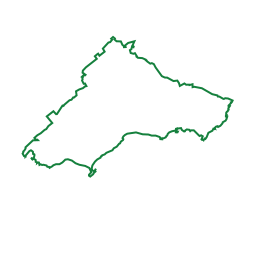 outline of Balbriggan Lea-5, Fingal, Ireland, rotated 129°
{"feature_id": "5873133B84981347333265", "entity_name": "Balbriggan Lea-5", "entity_type": "district", "adm_level": 2, "iso_a3": "IRL", "parent_name": "Ireland", "parent_adm1": "Fingal", "projection": "robinson", "projection_center": [-6.161, 53.585], "detail": "fine", "context": "isolated", "style": "outline", "palette": "green", "viewbox_px": 256, "rotation_deg": 129, "n_neighbors": 0, "source": "geoboundaries", "source_scale": "gbopen_adm2", "svg_char_len": 3412}
<svg xmlns="http://www.w3.org/2000/svg" viewBox="0 0 256 256"><g transform="rotate(129 128 128)"><path d="M40.8,64.0L42.1,68.8L43.7,71.2L45.1,71.8L45.4,72.4L46.1,76.8L47.0,78.0L46.4,79.0L48.7,83.8L50.6,95.6L54.3,102.5L55.6,103.5L53.4,105.4L56.0,107.3L55.8,107.7L57.8,110.1L57.9,112.2L62.7,114.2L61.1,116.5L60.1,119.5L62.9,122.2L64.2,129.3L65.6,131.1L66.4,134.3L63.6,144.6L62.1,148.1L62.6,150.3L64.0,151.2L64.2,155.2L63.8,156.0L64.2,156.8L63.7,157.2L64.7,160.9L67.2,164.5L67.2,166.2L66.7,166.2L65.5,169.7L66.9,170.5L68.0,173.1L66.3,175.5L64.5,175.0L62.3,176.1L61.8,174.6L61.3,174.8L61.7,175.5L61.2,175.8L61.4,176.3L56.6,177.6L61.8,181.4L65.6,182.2L66.6,180.8L67.7,182.0L66.9,182.8L66.9,184.7L65.2,188.0L67.8,191.5L67.7,194.3L66.7,194.5L66.7,196.9L69.2,197.3L69.4,195.9L72.5,195.9L73.9,197.0L82.1,197.5L83.4,194.2L89.8,195.7L89.0,198.0L89.9,198.3L93.1,198.9L93.9,195.8L107.4,198.9L111.8,199.2L113.6,198.1L113.4,194.5L114.2,194.6L114.4,195.7L117.2,196.0L116.9,195.1L117.9,195.0L118.6,194.0L120.0,193.6L121.5,190.3L120.5,189.4L121.6,186.7L122.9,187.6L125.4,188.1L128.6,190.1L132.2,191.5L135.0,188.5L138.4,189.2L138.7,189.8L141.6,189.7L143.2,190.9L150.3,192.2L151.1,192.0L151.8,192.3L151.9,193.0L161.9,192.0L162.5,192.6L161.9,196.5L170.1,198.4L171.8,190.0L176.7,191.1L180.3,190.8L181.9,191.6L187.0,192.5L190.7,193.9L194.6,194.5L195.1,192.3L194.1,191.1L194.2,190.4L197.4,194.1L207.5,195.5L208.4,194.7L210.7,194.4L212.2,194.6L212.9,194.0L214.2,193.8L215.2,191.2L214.5,190.5L214.9,190.0L214.3,190.1L214.3,189.8L213.5,190.2L208.0,190.1L206.4,189.4L206.3,188.6L206.3,187.0L207.9,185.4L207.4,184.3L207.8,183.7L209.9,182.6L212.2,182.9L212.2,184.8L212.3,182.8L213.4,182.5L211.3,182.1L211.1,181.3L211.0,179.6L212.4,178.4L211.9,176.9L212.4,176.6L211.4,176.4L210.9,175.5L212.4,173.6L211.2,173.1L210.8,171.5L209.8,170.6L208.4,167.7L208.9,166.3L207.9,164.8L208.3,163.9L205.2,162.7L204.0,162.6L201.5,161.2L199.3,158.5L196.1,157.3L192.0,156.8L190.1,155.0L188.6,151.1L188.4,146.6L187.1,142.5L184.4,137.4L183.4,132.9L185.5,128.7L188.8,128.9L189.6,128.3L189.5,126.8L185.9,126.0L184.1,126.3L182.3,125.9L182.0,126.9L179.8,127.3L182.4,127.0L182.9,127.3L183.4,128.8L182.4,130.7L179.5,132.1L174.9,132.5L171.8,132.1L168.3,130.7L167.2,131.2L166.5,130.7L165.5,130.9L163.2,129.5L160.9,129.2L155.1,126.1L152.7,126.3L149.6,125.0L145.8,125.0L144.9,124.5L143.1,125.0L140.5,124.3L139.6,124.6L139.3,125.9L137.5,126.3L135.4,126.0L132.9,125.0L126.4,119.0L123.7,112.7L120.2,108.0L119.0,104.8L116.5,101.7L115.1,97.8L115.2,97.1L116.3,95.9L115.5,94.7L115.2,95.2L114.5,95.1L114.6,94.4L111.5,92.8L110.3,93.1L109.3,92.8L107.5,93.4L105.5,93.2L102.9,91.8L100.2,89.6L101.1,87.8L100.2,86.8L99.8,86.9L101.0,87.8L100.1,89.1L98.4,90.2L97.8,89.8L100.2,88.6L99.6,88.4L100.0,87.4L99.4,88.6L98.2,89.2L97.0,88.9L94.7,86.7L95.6,85.0L95.4,82.2L94.7,81.7L94.0,82.0L92.1,81.4L90.8,79.2L91.3,77.7L90.1,77.5L88.4,75.4L89.2,67.8L89.1,67.2L87.7,66.6L87.4,64.7L90.6,63.7L90.6,62.9L89.8,62.5L89.9,61.7L89.4,61.9L88.6,61.3L87.7,61.5L87.6,61.0L85.7,61.1L81.1,62.5L77.0,60.7L74.8,61.2L74.5,60.3L73.8,60.5L73.7,60.0L73.3,60.6L71.7,60.5L70.7,59.9L70.6,59.0L70.1,59.1L70.0,58.4L68.1,57.6L64.9,57.5L63.9,58.0L60.9,56.8L59.0,57.1L58.9,57.2L57.0,57.9L57.5,59.1L56.6,59.8L55.7,59.3L55.4,60.4L54.5,61.2L53.3,61.4L52.3,61.0L51.4,61.5L50.4,61.3L49.6,62.4L46.6,62.7L46.6,63.2L47.9,63.4L47.3,64.0L43.7,63.6L43.3,64.2L42.4,63.6L40.8,64.0Z" fill="none" stroke="#15803d" stroke-width="2"/></g></svg>